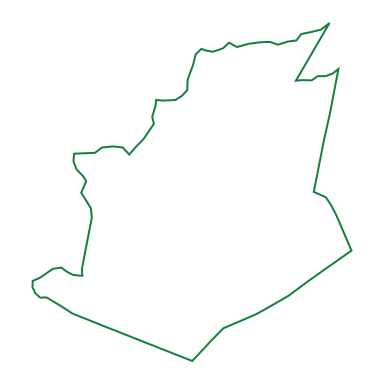 the district of Santana do Mundaú, Alagoas, Brazil
{"feature_id": "56859067B55013789600904", "entity_name": "Santana do Mundaú", "entity_type": "district", "adm_level": 2, "iso_a3": "BRA", "parent_name": "Brazil", "parent_adm1": "Alagoas", "projection": "albers", "projection_center": [-36.203, -9.124], "detail": "fine", "context": "isolated", "style": "outline", "palette": "green", "viewbox_px": 384, "rotation_deg": 0, "n_neighbors": 0, "source": "geoboundaries", "source_scale": "gbopen_adm2", "svg_char_len": 1070}
<svg xmlns="http://www.w3.org/2000/svg" viewBox="0 0 384 384"><path d="M32.7,280.9L32.5,287.3L35.3,293.2L40.3,297.7L46.5,297.4L61.0,306.1L72.4,313.5L102.3,325.5L192.2,361.0L204.4,348.0L209.5,342.4L223.3,328.3L250.9,316.5L255.9,314.3L263.3,310.3L288.6,295.7L306.9,282.1L326.3,268.3L351.5,250.6L336.1,214.7L330.8,204.8L325.8,197.2L313.8,191.9L324.2,139.0L330.0,113.2L338.4,69.1L332.5,73.6L325.8,76.1L317.8,76.1L311.7,80.4L302.3,80.1L295.9,80.7L329.5,23.0L321.1,29.6L310.8,32.1L301.2,34.0L296.5,40.4L287.9,41.6L277.9,44.7L269.9,41.9L260.7,42.2L248.7,43.8L237.0,47.0L229.0,42.7L223.0,48.3L213.2,51.7L207.4,50.9L201.3,48.9L195.7,54.4L193.2,64.6L187.7,79.3L187.2,90.2L181.6,96.1L175.3,100.0L162.8,100.6L156.1,100.0L155.5,106.0L152.2,116.8L153.9,123.8L143.6,139.0L136.7,146.0L129.2,154.5L122.8,147.5L113.1,146.4L102.0,147.5L95.0,152.8L74.1,153.7L73.5,161.5L76.5,169.3L83.5,176.7L86.2,181.2L81.2,192.7L86.8,201.7L90.9,208.2L91.8,217.7L81.9,269.0L82.4,275.8L73.2,275.0L66.8,271.7L61.3,267.6L52.9,268.8L39.9,277.8L32.7,280.9Z" fill="none" stroke="#15803d" stroke-width="2"/></svg>